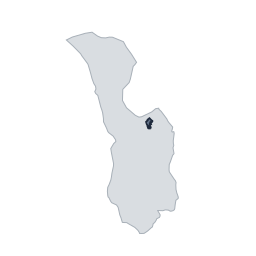 location of Limbažu pag., Limbaži, Latvia, rotated 70°
{"feature_id": "27541924B16495698294804", "entity_name": "Limbažu pag.", "entity_type": "district", "adm_level": 2, "iso_a3": "LVA", "parent_name": "Latvia", "parent_adm1": "Limbaži", "projection": "equal_earth", "projection_center": [24.723, 57.482], "detail": "fine", "context": "in_parent", "style": "filled", "palette": "slate", "viewbox_px": 256, "rotation_deg": 70, "n_neighbors": 0, "source": "geoboundaries", "source_scale": "gbopen_adm2", "svg_char_len": 3715}
<svg xmlns="http://www.w3.org/2000/svg" viewBox="0 0 256 256"><g transform="rotate(70 128 128)"><path d="M186.0,170.3L184.5,170.1L180.4,169.0L176.8,167.3L174.7,165.1L171.1,162.0L168.7,160.5L164.9,158.5L158.7,154.6L156.4,153.7L145.4,152.0L141.4,151.2L137.7,146.7L136.6,144.1L134.8,143.7L132.8,144.2L130.6,144.7L125.7,147.8L124.1,148.2L121.0,148.2L113.8,148.9L110.6,147.8L104.9,146.6L101.8,146.4L99.1,146.4L87.0,145.2L84.7,146.5L82.5,146.8L80.4,144.8L77.7,144.2L74.7,144.9L69.3,144.9L62.9,144.3L54.7,143.8L53.5,144.0L44.4,146.7L42.1,147.1L32.2,151.6L24.2,155.8L23.5,149.1L24.4,135.7L25.7,129.0L31.2,125.2L34.0,122.2L35.7,118.2L36.2,114.5L37.4,111.5L45.3,102.8L51.5,101.9L59.8,99.5L69.2,97.5L70.9,100.0L71.8,102.0L82.9,109.1L85.7,111.4L89.9,119.7L100.3,123.8L108.5,122.5L112.0,120.5L118.6,116.8L121.5,114.0L122.1,111.4L121.0,100.2L119.3,95.4L119.9,92.4L121.0,92.5L123.8,91.1L132.8,88.4L134.6,88.3L136.7,87.8L142.4,85.7L144.3,86.8L145.8,88.0L146.6,88.0L147.0,87.6L146.9,86.8L147.3,86.2L149.0,86.5L155.6,89.9L158.2,90.7L159.9,90.9L162.0,92.5L167.7,93.5L168.4,94.3L168.8,95.3L174.1,99.6L176.5,101.8L181.3,103.7L183.3,104.2L191.5,102.2L193.8,101.5L195.7,101.5L197.7,102.5L202.1,103.9L206.1,104.4L206.9,104.3L210.2,104.4L211.4,105.0L212.3,107.7L216.2,109.9L219.8,111.7L220.7,112.5L221.1,114.1L220.9,116.0L220.5,116.9L219.0,118.1L217.7,120.9L217.6,123.6L215.7,128.3L216.1,128.3L220.5,127.5L221.7,128.0L222.7,129.0L223.1,132.0L224.5,133.3L226.0,135.3L226.5,137.0L229.3,138.9L229.6,140.1L231.4,144.5L232.1,147.1L232.5,149.0L231.7,151.5L231.0,153.2L230.1,153.1L227.7,153.6L223.7,155.6L218.0,160.4L216.5,161.5L215.0,165.2L214.7,165.6L211.2,165.4L210.3,165.3L206.8,165.4L199.3,164.4L196.4,165.1L192.7,168.8L191.2,169.3L186.8,169.8L186.0,170.3Z" fill="#d9dde1" stroke="#a8b0b8" stroke-width="1"/><path d="M135.8,108.0L135.0,107.2L135.4,107.0L135.4,106.9L135.2,106.7L135.4,106.7L135.5,106.6L135.4,106.5L135.6,106.5L135.5,106.4L135.3,106.5L135.2,106.4L134.9,106.3L134.4,106.3L134.2,106.3L134.1,106.2L133.7,106.2L133.6,106.3L132.0,106.4L131.9,106.1L132.0,106.1L132.2,105.4L132.1,105.2L132.3,104.9L131.9,104.9L131.8,105.0L131.6,105.1L131.3,105.2L131.2,105.2L131.1,105.5L131.0,105.8L130.9,105.7L130.5,105.5L130.6,105.4L130.5,105.2L130.4,105.2L130.2,105.0L130.4,105.0L130.4,104.9L130.4,104.7L130.6,104.8L130.6,104.7L130.8,104.6L131.0,104.5L131.0,104.4L131.0,104.5L131.0,104.4L130.9,104.3L130.9,104.2L130.7,104.1L130.8,104.0L130.8,103.9L130.7,103.7L130.7,103.4L130.6,103.2L130.4,103.0L130.3,102.9L130.2,102.7L129.9,102.7L129.6,102.5L129.4,102.6L129.4,103.0L128.6,103.4L128.4,103.3L128.2,103.4L128.0,103.5L127.9,103.5L127.7,103.8L127.6,104.0L127.3,104.1L127.2,104.0L126.8,104.0L126.7,104.0L126.4,104.2L126.2,104.3L125.9,104.5L126.2,105.0L126.4,105.7L126.5,105.6L126.5,105.8L126.8,106.2L126.9,106.3L127.1,106.3L127.3,106.4L127.4,106.5L127.3,106.8L127.2,106.8L127.0,107.0L126.9,106.9L126.9,107.0L127.0,107.1L127.3,107.1L127.5,107.4L127.8,107.3L127.9,107.5L127.9,107.8L128.1,107.8L128.2,108.0L128.1,108.4L128.1,108.5L128.1,108.8L128.2,109.0L128.5,109.1L128.8,109.1L129.3,109.1L129.6,109.1L130.1,109.2L130.3,109.1L130.5,109.1L130.9,109.2L131.0,109.1L131.3,109.1L131.6,109.0L131.6,108.9L131.8,108.9L131.8,108.7L132.0,108.6L132.3,108.4L132.4,108.5L132.5,108.7L132.5,108.8L132.4,108.8L132.3,109.0L132.5,109.2L135.0,109.3L135.2,109.2L134.7,108.8L134.7,108.6L134.3,108.5L134.0,108.3L133.8,108.3L133.7,108.3L133.2,108.4L133.3,108.2L133.1,108.0L133.2,107.8L133.3,107.7L133.7,107.9L133.8,107.9L134.0,107.8L134.2,108.0L134.3,108.0L134.5,108.2L134.4,108.0L134.5,108.0L134.8,108.1L135.0,108.2L134.9,108.2L135.0,108.2L134.9,108.3L135.0,108.3L135.4,108.4L135.5,108.2L135.8,108.0L135.8,108.0Z" fill="#64748b" stroke="#1e293b" stroke-width="1.5"/></g></svg>